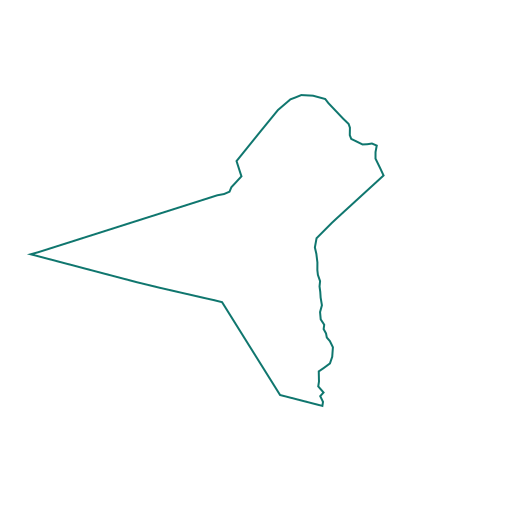 outline of Saloá, Pernambuco, Brazil, rotated 317°
{"feature_id": "56859067B37228111715524", "entity_name": "Saloá", "entity_type": "district", "adm_level": 2, "iso_a3": "BRA", "parent_name": "Brazil", "parent_adm1": "Pernambuco", "projection": "mercator", "projection_center": [-36.716, -9.001], "detail": "fine", "context": "isolated", "style": "outline", "palette": "teal", "viewbox_px": 512, "rotation_deg": 317, "n_neighbors": 0, "source": "geoboundaries", "source_scale": "gbopen_adm2", "svg_char_len": 1004}
<svg xmlns="http://www.w3.org/2000/svg" viewBox="0 0 512 512"><g transform="rotate(317 256 256)"><path d="M334.0,283.5L340.6,283.5L404.2,284.1L406.7,276.5L409.8,266.3L414.3,261.5L419.6,257.6L417.5,252.8L413.8,250.3L410.0,247.1L405.5,235.3L407.0,231.6L412.2,226.2L413.8,222.6L413.4,215.0L413.2,193.7L413.7,188.4L407.0,177.6L398.9,169.2L392.6,166.8L388.0,164.9L376.1,164.4L371.7,164.2L344.5,167.9L306.5,173.3L301.4,184.1L299.7,187.8L284.9,188.9L280.5,190.9L274.9,188.9L269.1,185.2L99.1,104.6L92.4,101.1L150.9,193.8L163.8,213.4L189.5,251.4L194.8,259.1L199.7,266.6L190.0,316.4L178.8,374.1L202.3,410.9L205.5,408.4L207.4,402.3L212.3,401.9L212.6,393.8L216.4,390.8L223.2,383.2L229.0,384.1L236.8,385.0L243.0,381.7L250.0,375.2L252.0,368.6L252.2,363.9L254.4,360.4L255.6,355.6L259.0,352.8L260.1,346.5L264.6,340.7L270.6,337.0L274.9,330.5L278.5,326.1L281.7,321.6L285.7,318.1L288.4,312.0L291.3,308.1L296.5,302.6L301.6,295.6L304.9,289.9L312.4,284.3L334.0,283.5Z" fill="none" stroke="#0f766e" stroke-width="2"/></g></svg>